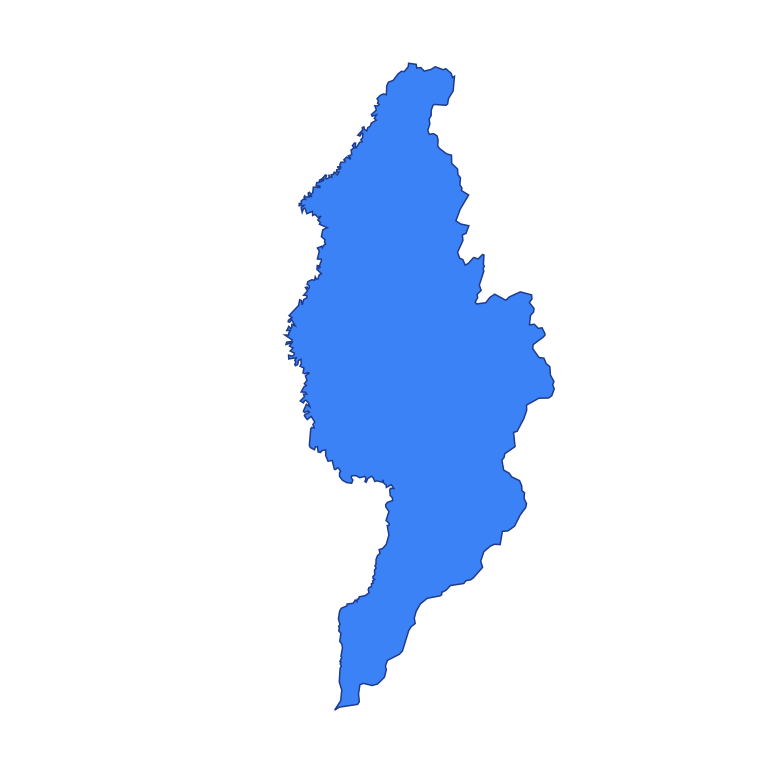 Rioja, San Martín, Peru (Robinson projection), rotated 221°
{"feature_id": "86281439B49407103225288", "entity_name": "Rioja", "entity_type": "district", "adm_level": 2, "iso_a3": "PER", "parent_name": "Peru", "parent_adm1": "San Martín", "projection": "robinson", "projection_center": [-77.409, -5.821], "detail": "fine", "context": "isolated", "style": "filled", "palette": "blue", "viewbox_px": 768, "rotation_deg": 221, "n_neighbors": 0, "source": "geoboundaries", "source_scale": "gbopen_adm2", "svg_char_len": 6171}
<svg xmlns="http://www.w3.org/2000/svg" viewBox="0 0 768 768"><g transform="rotate(221 384 384)"><path d="M249.7,485.2L252.3,492.0L256.2,494.1L257.4,497.4L264.2,499.9L270.2,505.9L275.0,505.8L280.3,508.4L284.3,505.7L294.8,508.2L297.3,511.5L294.6,523.9L294.5,526.3L295.6,527.6L301.6,530.1L304.0,527.2L309.7,527.7L313.1,524.1L318.4,531.9L318.4,536.5L320.3,539.4L327.7,540.8L328.2,545.3L331.1,548.1L341.6,542.9L346.6,531.8L347.0,527.1L359.4,524.4L360.9,518.8L360.5,512.1L366.6,505.2L368.9,505.6L370.0,510.7L372.5,512.6L372.1,518.4L376.9,521.1L382.7,534.7L384.9,536.0L385.6,538.8L387.3,539.3L393.2,546.9L394.6,546.4L395.0,540.2L399.3,538.3L399.5,530.1L400.8,527.0L406.1,529.6L409.5,528.6L414.9,531.7L418.6,544.1L422.7,548.0L420.9,551.4L423.8,559.1L431.0,555.1L436.8,554.3L441.2,566.0L444.1,582.2L452.4,580.8L453.9,583.1L457.4,584.1L461.6,589.8L465.5,590.5L469.6,594.5L477.6,594.9L483.2,601.0L487.8,598.7L496.6,598.2L499.6,598.8L503.3,603.7L506.9,606.1L510.9,605.4L513.7,602.1L517.4,604.2L520.0,610.3L523.8,613.6L524.6,617.7L527.9,621.4L529.8,626.3L529.5,627.9L520.1,635.0L519.7,637.1L522.6,641.7L524.1,650.6L532.7,662.5L533.3,660.2L537.0,662.5L544.2,662.5L545.6,660.0L553.5,657.0L554.8,652.4L558.9,646.5L563.8,647.0L566.6,643.9L569.4,646.4L575.9,642.2L573.9,639.5L573.6,633.1L576.0,631.4L576.8,627.5L576.3,619.1L578.7,614.7L577.6,611.0L572.0,603.8L574.5,602.8L576.1,599.7L576.5,594.8L574.1,594.1L573.1,591.7L571.0,591.8L571.2,589.7L573.5,588.0L569.5,585.8L570.3,579.1L568.6,578.3L566.2,582.3L565.6,578.1L562.9,578.0L564.8,572.6L563.5,569.5L564.4,566.8L563.1,563.7L565.7,563.3L567.9,564.9L568.6,563.3L566.8,561.6L567.0,554.6L564.9,555.3L565.4,558.6L564.6,559.4L561.7,555.9L561.8,553.2L559.5,552.6L560.9,550.4L559.9,543.8L561.0,543.8L563.5,547.2L564.5,546.3L564.2,543.1L561.5,542.4L562.4,539.1L558.8,535.9L560.5,532.8L557.9,532.8L557.2,531.7L561.1,530.8L561.4,526.8L559.5,526.9L559.1,525.7L562.0,523.1L561.2,520.5L559.0,519.1L562.0,517.3L558.3,517.6L560.2,514.8L559.0,512.6L557.1,514.4L556.4,511.2L560.5,511.2L559.8,508.7L561.2,507.2L559.0,505.8L560.6,504.7L563.0,505.8L560.8,503.8L561.9,501.1L563.0,501.0L564.3,503.8L565.4,503.3L565.4,498.7L563.9,499.2L563.3,497.8L564.4,495.5L564.7,497.7L565.7,497.4L566.4,495.7L565.4,493.5L566.9,491.8L565.4,489.2L562.3,491.3L561.3,490.3L566.5,486.2L563.2,481.5L563.8,479.2L566.0,479.8L566.5,478.5L564.5,476.4L562.5,478.5L561.7,477.9L565.3,474.0L567.4,473.9L566.7,472.3L564.3,471.8L566.1,470.5L566.6,467.8L564.8,465.9L566.4,464.6L565.1,463.6L565.5,462.4L561.7,466.2L562.2,462.7L558.4,459.9L559.8,463.6L559.0,464.8L554.0,461.9L551.2,467.3L548.4,464.3L547.3,466.8L542.9,466.4L541.6,469.5L541.6,464.4L538.0,464.1L537.6,462.2L529.3,464.8L531.4,460.4L527.9,454.1L523.2,454.2L521.8,451.9L519.8,451.2L520.6,448.7L519.8,446.4L521.4,447.0L523.5,442.9L520.1,441.9L516.2,434.6L513.3,437.0L512.4,436.4L510.4,431.2L508.8,430.1L509.2,428.7L510.7,430.4L512.1,429.6L509.8,426.5L503.5,426.2L504.5,423.9L502.8,419.8L504.0,418.9L506.2,419.8L504.5,416.8L506.9,415.3L508.6,411.3L507.5,408.8L505.0,409.0L503.5,407.7L503.5,406.3L505.8,406.7L506.7,405.3L502.7,404.1L502.9,398.3L500.2,400.1L498.7,398.6L500.0,395.1L497.6,390.0L501.1,392.8L502.9,392.3L500.0,387.3L500.5,373.3L496.9,373.8L498.0,369.4L497.1,368.1L495.7,368.8L496.0,371.9L489.2,369.7L492.7,368.7L490.6,365.8L490.9,364.6L493.6,365.1L492.5,360.5L489.8,363.0L489.3,359.8L488.0,358.5L491.0,355.9L482.2,357.0L481.6,355.6L484.9,351.8L483.9,349.5L480.6,354.7L480.3,350.6L476.2,351.5L476.5,347.3L471.9,348.5L471.0,346.9L471.7,344.7L475.0,343.2L472.3,340.4L467.5,346.2L466.9,343.3L465.1,342.9L464.1,340.0L462.7,339.8L461.9,342.1L463.9,345.6L462.9,348.2L459.9,345.2L459.1,342.3L454.9,343.5L452.4,339.2L450.4,339.8L449.0,342.8L447.7,343.0L448.6,338.5L444.5,336.2L444.3,331.9L441.6,331.9L442.6,329.6L441.3,323.6L438.0,326.2L435.7,325.7L438.1,323.6L435.7,322.1L436.1,316.3L432.4,316.9L433.0,319.3L432.1,320.6L428.4,320.0L424.8,318.1L429.3,317.8L427.0,310.6L425.5,310.3L423.5,313.9L421.7,313.7L423.7,309.2L423.3,307.8L418.6,306.8L417.7,311.8L411.3,309.9L411.1,306.8L408.0,305.1L410.0,303.8L410.0,302.3L400.1,288.7L397.9,287.7L393.3,288.8L394.5,291.4L393.1,293.0L389.1,289.5L387.1,290.6L387.0,293.2L384.9,296.0L381.0,291.7L375.6,289.0L372.9,292.3L365.5,287.1L364.4,287.7L364.3,290.0L362.8,290.6L359.4,289.6L359.5,288.1L357.0,285.1L352.3,284.1L347.5,285.1L343.3,287.9L344.5,291.1L347.4,291.8L348.0,293.7L345.1,296.4L340.8,297.4L337.9,301.7L335.8,301.0L334.4,297.9L333.0,298.1L334.2,302.0L333.0,306.0L331.0,306.3L327.0,304.4L325.6,306.4L320.9,308.8L321.7,311.3L320.0,309.1L315.9,309.1L314.4,307.5L312.4,312.8L308.0,311.6L310.7,309.5L310.2,307.9L306.2,303.9L303.2,303.6L301.0,301.8L303.8,296.9L303.6,294.0L301.8,292.3L296.6,291.0L292.9,282.3L288.7,282.2L287.5,280.6L288.7,279.3L281.2,273.2L277.1,264.4L277.1,259.2L279.0,255.8L275.9,253.5L276.4,250.5L274.9,246.4L271.6,242.4L271.6,240.8L269.2,240.0L269.1,237.3L265.9,234.0L266.0,231.4L264.9,230.2L262.8,230.4L263.4,228.0L261.6,226.7L262.5,225.2L260.5,222.7L261.8,220.5L260.9,218.3L258.3,216.7L259.4,211.8L263.1,207.2L262.1,205.0L263.1,203.9L261.6,202.0L264.0,202.0L263.4,198.4L267.5,193.7L266.5,192.1L269.1,186.7L268.5,183.5L264.2,176.7L259.4,173.6L259.2,171.2L257.6,170.6L256.3,168.0L253.1,167.7L248.6,160.8L245.1,160.0L242.2,157.6L237.9,150.3L236.6,150.0L235.1,145.5L233.9,145.9L233.4,144.0L231.3,143.3L230.5,140.5L222.4,129.9L215.1,125.3L208.9,116.6L207.3,105.5L205.7,110.8L193.7,124.9L194.2,128.0L199.9,133.4L204.9,141.2L203.1,144.6L195.1,148.7L192.0,153.5L191.3,162.9L194.8,170.0L197.8,171.9L200.1,177.6L195.1,190.1L194.9,194.5L203.6,214.2L204.3,218.9L203.3,223.7L207.5,227.1L210.6,233.5L212.3,241.9L210.8,250.6L202.7,260.9L202.2,262.7L203.7,264.6L201.9,269.0L201.7,275.4L192.9,285.8L193.2,289.2L190.2,293.0L189.4,296.1L189.3,310.3L194.8,313.8L198.7,323.1L197.3,331.6L195.4,335.6L191.0,339.0L198.0,350.5L194.1,354.4L192.2,362.4L195.3,374.5L196.0,383.7L197.9,387.2L203.2,389.5L206.6,394.1L209.9,394.0L213.4,397.6L218.3,400.0L226.7,397.7L231.2,398.8L237.1,397.5L245.0,403.8L245.2,407.4L247.1,410.6L244.0,422.7L254.5,432.5L252.5,435.6L255.8,449.7L259.1,457.8L262.6,461.6L257.8,474.9L250.6,481.4L249.7,485.2Z" fill="#3b82f6" stroke="#1e3a8a" stroke-width="1.5"/></g></svg>